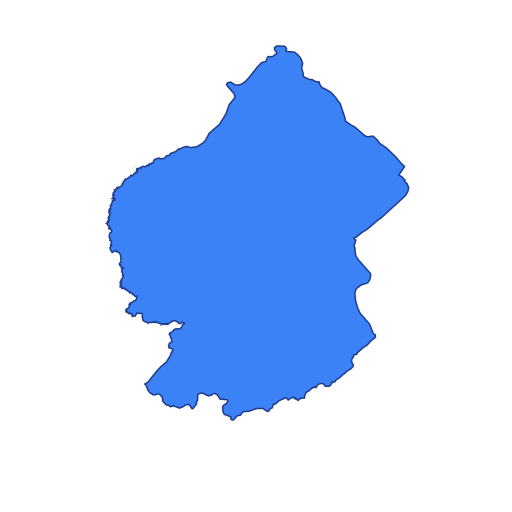 Khiri Mat, Sukhothai, Thailand (Natural Earth projection), rotated 45°
{"feature_id": "78962969B829046276221", "entity_name": "Khiri Mat", "entity_type": "district", "adm_level": 2, "iso_a3": "THA", "parent_name": "Thailand", "parent_adm1": "Sukhothai", "projection": "natural_earth1", "projection_center": [99.689, 16.826], "detail": "fine", "context": "isolated", "style": "filled", "palette": "blue", "viewbox_px": 512, "rotation_deg": 45, "n_neighbors": 0, "source": "geoboundaries", "source_scale": "gbopen_adm2", "svg_char_len": 6123}
<svg xmlns="http://www.w3.org/2000/svg" viewBox="0 0 512 512"><g transform="rotate(45 256 256)"><path d="M109.8,304.9L109.9,305.4L110.3,305.4L110.3,306.5L109.4,306.4L109.9,308.9L109.3,309.4L110.7,309.9L110.3,310.7L110.6,312.8L111.2,313.3L112.3,312.9L112.8,313.7L112.2,314.5L113.7,315.3L113.7,317.2L114.8,316.6L115.6,315.3L115.9,316.6L116.6,316.3L116.5,317.3L115.4,318.6L116.4,319.6L117.0,321.6L117.6,321.9L117.3,323.2L119.1,324.6L119.3,326.1L119.9,326.0L119.4,327.0L119.6,327.5L120.7,327.6L120.8,328.9L121.6,328.3L121.9,329.3L122.5,329.8L123.2,329.4L124.4,333.0L125.0,332.8L124.8,333.7L125.8,334.0L126.2,334.7L126.7,334.6L127.3,335.8L126.5,335.8L126.6,336.7L127.0,337.3L127.6,336.9L127.9,337.8L127.6,338.6L128.0,338.4L129.3,339.1L130.6,338.5L131.5,338.9L131.7,340.0L132.5,339.7L133.0,340.6L133.4,339.3L134.4,340.0L136.2,340.1L136.9,341.7L136.5,342.4L136.6,343.4L138.0,345.5L139.5,346.8L141.1,347.1L141.5,348.3L143.2,347.6L145.0,349.8L145.3,351.0L145.8,351.2L146.2,350.7L146.9,353.5L148.9,354.6L151.8,355.2L152.9,351.2L154.5,351.7L155.4,350.6L157.1,350.5L159.8,351.2L164.5,355.3L164.9,358.2L165.8,358.7L166.3,358.2L166.7,358.9L169.0,359.1L169.3,358.7L169.8,359.6L170.5,359.2L170.2,360.0L170.9,359.8L171.7,361.7L175.1,363.3L175.2,363.9L175.8,363.6L176.0,364.2L176.8,364.2L177.4,367.7L177.8,368.8L178.3,368.8L178.6,370.6L179.0,370.1L179.0,371.0L179.9,370.9L181.2,371.6L180.7,372.2L181.7,372.3L181.2,373.2L181.7,373.9L183.6,373.0L184.0,373.6L184.3,372.9L184.8,373.1L186.2,371.6L187.2,372.2L187.7,371.3L189.3,371.7L191.6,370.8L192.5,371.4L192.6,370.4L194.0,370.5L195.1,370.0L195.5,370.4L196.5,370.2L196.6,369.7L198.4,370.2L200.1,368.8L200.0,369.6L201.2,369.9L202.1,371.4L202.2,372.6L201.4,374.0L201.1,376.6L200.4,377.8L201.1,378.3L200.6,378.8L201.0,379.3L200.5,379.9L201.7,380.3L201.8,381.3L202.4,381.8L202.4,384.0L201.8,385.2L202.8,386.9L203.5,386.3L203.9,387.2L204.4,386.5L206.4,386.9L207.0,385.5L208.1,385.9L208.6,384.7L210.0,384.9L210.2,385.6L211.4,386.2L212.1,384.6L213.0,383.9L212.1,380.3L213.4,379.8L216.0,377.3L217.3,377.8L218.8,379.8L220.2,380.0L221.0,381.1L221.9,381.4L224.4,380.8L225.7,379.8L227.2,379.9L227.2,378.8L229.3,376.8L229.7,375.5L230.8,374.9L230.6,374.1L231.6,374.3L232.3,373.9L232.6,372.6L234.6,372.4L236.4,371.0L237.0,370.9L237.6,371.6L238.1,370.0L239.2,369.4L239.1,368.8L240.0,367.9L240.3,368.3L241.0,367.8L240.8,366.6L241.7,366.8L242.1,366.3L242.3,363.2L242.9,362.7L242.9,360.7L243.8,360.1L244.4,358.9L247.6,358.0L248.9,358.4L250.6,356.9L250.3,355.8L250.6,355.0L252.9,354.1L252.7,356.4L253.8,359.0L253.7,360.7L252.9,362.6L251.4,363.3L250.5,364.9L250.1,366.3L250.4,369.0L249.5,371.5L250.2,372.8L251.5,372.7L253.5,374.1L254.3,374.0L257.2,376.4L256.4,379.0L258.2,381.9L259.5,382.4L262.3,381.0L263.8,381.1L264.4,384.1L265.9,387.2L267.6,394.3L267.0,401.0L267.2,408.0L268.8,421.3L267.9,425.2L270.3,425.3L274.0,427.2L277.7,427.8L278.9,427.2L281.2,427.1L283.1,425.2L284.3,422.4L287.0,421.8L291.0,422.7L291.4,423.7L292.9,424.6L297.0,424.8L298.6,424.4L299.4,423.5L302.0,423.1L303.9,420.2L309.4,417.7L311.2,413.7L311.4,411.3L313.0,408.9L314.7,408.4L318.5,409.3L319.3,408.6L318.6,402.7L317.6,402.0L316.5,399.1L313.2,395.6L312.7,394.5L313.9,392.2L315.0,390.9L321.4,388.5L323.0,385.5L323.1,383.6L323.8,382.5L326.7,381.4L331.8,382.6L333.7,381.2L334.1,380.2L335.0,380.0L337.0,378.1L338.1,378.0L338.8,378.5L339.2,380.2L339.1,383.1L338.6,384.1L338.9,386.1L342.5,389.3L345.4,390.4L352.0,387.5L353.3,389.1L355.2,388.8L356.0,387.6L355.7,382.4L357.6,379.4L357.0,376.5L357.3,374.8L360.9,370.6L364.1,363.6L368.6,358.9L373.3,358.1L374.5,357.2L374.7,356.4L373.9,354.0L374.8,352.2L373.1,348.1L374.3,347.4L374.7,341.7L376.5,337.3L376.2,337.0L377.1,335.6L378.3,334.8L380.6,335.1L380.9,332.8L382.2,329.3L384.6,329.5L384.5,328.5L387.8,328.5L388.1,325.2L390.7,322.1L389.1,320.3L387.9,317.0L388.7,314.3L389.2,308.4L389.7,308.4L390.0,307.2L391.5,306.6L390.6,302.8L392.6,299.5L394.4,298.7L397.1,299.2L399.8,296.3L400.1,295.4L399.6,292.1L398.8,291.3L400.6,289.7L400.6,287.9L400.2,287.5L401.1,283.2L401.4,277.1L401.9,275.6L401.6,274.2L402.8,268.6L402.8,265.4L401.6,264.2L398.3,263.3L396.5,260.7L396.3,258.5L395.1,257.2L396.7,254.2L396.1,252.7L396.6,244.9L397.6,240.4L397.3,235.0L397.9,229.0L396.1,227.4L394.0,228.0L384.3,223.8L370.4,222.9L365.1,221.1L358.0,217.2L352.0,212.2L350.0,208.4L350.8,202.3L354.0,195.9L353.3,192.4L350.5,188.2L348.8,187.4L331.2,186.3L326.6,185.4L321.7,181.9L320.7,180.6L317.7,179.3L317.3,177.5L315.3,174.2L314.1,174.5L312.3,173.8L313.6,171.8L314.3,164.5L315.7,158.5L316.9,143.5L317.5,141.3L319.0,107.7L317.8,103.2L315.7,99.8L311.8,98.1L307.6,98.0L307.5,96.9L303.2,96.9L299.7,97.8L297.8,87.7L292.9,87.8L284.1,87.1L271.2,87.4L264.2,88.9L259.9,88.2L253.9,88.5L250.5,92.9L247.9,94.0L235.0,94.9L229.3,96.5L224.1,97.3L220.6,95.1L207.4,88.6L202.3,88.2L201.4,87.7L193.8,87.2L185.5,89.3L184.1,90.3L180.3,89.7L177.4,88.3L174.3,90.8L171.1,91.5L168.7,93.6L163.4,95.4L162.2,95.2L159.2,92.9L155.6,91.1L152.8,86.8L147.8,84.5L143.4,84.2L139.1,84.6L132.7,90.0L130.9,87.7L128.0,87.4L122.5,92.4L121.8,94.1L122.0,95.8L123.0,96.8L127.1,97.7L127.5,98.5L126.6,103.6L124.0,105.9L123.5,107.2L125.5,111.4L123.2,115.3L123.3,121.1L125.0,135.7L125.0,140.6L124.4,144.5L122.6,147.6L120.6,149.6L115.0,151.0L113.7,153.1L113.4,154.6L114.1,155.6L115.6,156.1L125.5,156.7L128.3,158.1L129.1,159.3L130.0,167.8L134.3,176.9L137.1,188.8L136.1,202.2L138.6,210.2L138.5,214.1L136.9,220.6L132.9,225.7L129.2,227.8L127.2,231.8L126.5,234.2L125.6,234.8L125.4,238.9L123.0,244.1L123.0,244.6L123.5,244.8L123.5,246.3L121.9,248.1L122.1,251.9L119.6,254.9L118.0,255.4L116.3,258.9L116.1,260.5L116.8,261.4L117.1,263.5L116.4,264.0L116.7,265.0L115.8,265.9L115.9,267.7L115.3,267.5L115.4,268.7L114.7,269.5L114.7,270.8L114.3,271.6L112.8,272.3L112.3,273.3L112.4,275.1L111.7,275.2L112.0,275.8L111.0,276.9L110.9,278.1L110.3,278.4L111.2,278.6L110.8,279.3L111.0,279.9L112.1,279.7L112.3,280.6L111.9,281.5L112.4,281.5L111.5,283.7L112.1,286.5L110.5,287.1L110.8,289.1L110.4,290.8L110.5,292.5L109.4,293.6L109.2,294.6L109.7,295.0L109.6,297.1L110.6,298.0L110.3,299.4L111.3,300.0L111.0,300.9L111.4,301.5L110.6,304.4L109.8,304.9Z" fill="#3b82f6" stroke="#1e3a8a" stroke-width="1.5"/></g></svg>